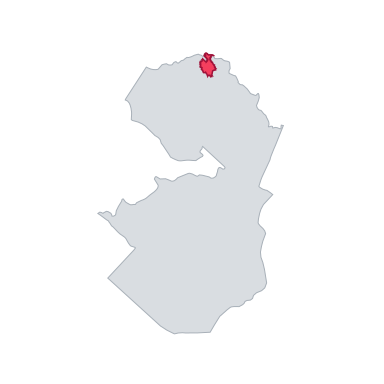 Isoka, Muchinga, Zambia shown in context, rotated 313°
{"feature_id": "96606910B95554535134500", "entity_name": "Isoka", "entity_type": "district", "adm_level": 2, "iso_a3": "ZMB", "parent_name": "Zambia", "parent_adm1": "Muchinga", "projection": "natural_earth1", "projection_center": [32.81, -10.022], "detail": "fine", "context": "in_parent", "style": "filled", "palette": "rose", "viewbox_px": 384, "rotation_deg": 313, "n_neighbors": 0, "source": "geoboundaries", "source_scale": "gbopen_adm2", "svg_char_len": 7843}
<svg xmlns="http://www.w3.org/2000/svg" viewBox="0 0 384 384"><g transform="rotate(313 192 192)"><path d="M245.2,252.8L231.6,252.8L226.6,254.1L222.5,256.0L217.6,259.0L214.8,261.1L214.1,262.2L213.7,264.8L213.7,268.7L213.2,271.6L211.8,274.2L204.4,277.3L199.6,279.9L194.8,283.0L191.3,286.9L188.8,291.8L184.8,297.8L176.4,308.6L171.5,310.6L167.3,310.2L162.3,307.9L158.3,307.5L155.4,308.9L152.7,308.4L150.2,306.2L148.1,305.4L146.4,306.0L144.2,305.9L140.3,304.6L136.8,300.8L134.9,299.2L133.5,298.6L129.4,298.0L120.0,297.1L110.3,299.0L101.8,300.9L93.0,292.4L84.4,283.3L82.6,281.0L79.4,278.0L77.1,276.5L76.2,275.8L73.8,267.7L72.5,260.3L71.6,189.1L110.0,189.1L112.5,188.8L112.6,188.0L110.8,184.2L110.8,182.9L111.3,180.3L112.9,175.2L113.0,173.4L112.2,167.8L112.2,164.7L112.6,158.4L112.4,156.2L113.2,153.4L113.5,151.5L113.9,150.7L113.4,148.5L112.6,141.0L112.1,137.8L114.4,138.3L115.2,139.8L115.7,141.5L116.7,141.6L119.5,142.6L120.4,144.0L121.1,147.1L120.7,148.6L119.8,149.9L120.7,151.0L122.5,151.7L123.6,151.5L126.7,149.4L129.5,148.6L131.0,148.1L137.3,146.8L138.6,146.0L139.5,146.0L140.1,146.6L139.6,148.7L139.4,150.7L140.2,154.2L140.8,155.9L142.1,157.1L143.1,157.8L144.2,159.1L146.4,158.8L151.3,160.7L152.8,161.5L154.8,162.3L156.3,162.7L161.3,163.3L166.6,164.3L169.3,164.4L171.3,164.2L172.7,163.6L173.5,163.0L173.9,162.6L175.8,155.7L176.8,155.2L178.2,154.9L178.9,155.5L179.8,159.8L183.7,163.7L185.0,166.9L186.0,169.7L186.8,170.5L188.3,171.4L190.6,171.8L192.7,171.8L203.0,176.6L204.1,177.5L205.4,180.0L206.2,182.9L207.0,185.1L208.4,185.6L209.5,185.7L210.7,187.3L211.6,188.6L214.7,194.2L215.1,196.5L216.6,198.0L218.6,198.6L220.5,198.7L221.6,198.0L224.2,196.8L226.2,195.5L227.7,195.1L228.6,195.3L229.3,196.3L229.8,199.1L231.2,200.0L232.3,199.6L232.7,198.5L232.7,198.0L232.6,168.7L231.7,168.9L230.5,169.8L227.8,169.9L226.7,170.5L226.4,171.4L226.6,172.6L226.6,174.3L226.3,175.1L225.1,175.4L223.3,174.7L220.2,173.9L217.6,173.4L215.7,171.2L213.1,167.9L211.4,166.2L207.4,162.8L206.7,162.1L205.5,160.5L204.4,157.7L203.4,154.6L202.9,152.5L203.8,149.4L206.2,139.3L206.7,136.2L208.6,133.0L208.8,130.1L208.0,126.4L208.1,124.4L208.4,112.8L207.8,109.1L206.5,105.1L203.6,99.4L203.6,98.2L208.0,94.5L209.4,93.1L211.7,90.2L213.3,87.6L214.2,85.6L214.6,82.9L213.8,80.4L215.4,79.9L252.2,73.4L252.7,75.1L253.8,78.0L255.1,80.1L256.7,82.0L258.0,83.1L258.9,83.5L264.6,83.3L266.6,84.5L268.4,85.9L268.9,88.1L270.0,89.5L271.3,90.6L271.8,90.7L272.8,90.5L274.3,90.4L275.7,90.9L276.4,91.4L276.4,93.3L276.9,94.1L278.8,94.4L280.7,94.6L282.6,95.8L284.7,96.0L287.0,96.5L288.1,97.9L290.6,99.3L293.7,100.5L297.1,102.6L297.2,103.2L297.7,104.4L298.3,105.3L298.4,106.6L298.7,107.8L299.5,108.1L300.2,108.1L300.9,107.3L301.8,107.3L302.8,107.9L303.1,109.2L303.9,111.1L305.2,112.3L306.0,113.5L305.7,115.7L305.2,117.8L306.9,119.8L309.1,121.7L309.7,122.5L309.9,125.3L310.2,126.3L311.7,128.6L312.4,130.2L312.4,131.1L308.3,135.7L305.9,136.4L304.8,137.4L304.1,138.3L305.7,143.0L306.6,144.7L305.9,146.9L304.3,150.6L303.5,151.0L303.4,153.8L303.9,154.8L304.7,155.6L305.0,157.5L305.0,162.3L303.9,167.7L305.8,172.4L306.4,172.9L308.9,173.0L309.3,173.4L308.7,174.7L306.9,176.8L303.8,178.4L299.2,180.2L298.2,181.9L297.6,184.4L298.1,185.8L298.7,186.7L298.5,188.8L298.1,191.1L298.3,192.9L298.1,194.5L297.5,195.3L296.7,197.7L295.7,200.1L294.9,201.2L293.8,202.3L291.9,203.3L292.0,203.8L294.0,204.9L294.6,205.7L294.8,206.2L293.9,207.4L294.8,208.1L296.0,208.8L297.1,210.4L298.3,213.4L298.6,213.7L298.9,213.7L299.6,213.4L300.9,212.2L301.8,211.7L302.9,213.5L283.8,220.9L279.3,222.5L272.6,225.1L270.4,226.1L268.7,227.1L250.9,232.9L248.1,234.0L241.8,237.0L241.6,237.5L241.7,238.9L242.3,241.7L243.4,244.2L244.3,245.7L244.9,249.5L245.2,252.8Z" fill="#d9dde1" stroke="#a8b0b8" stroke-width="1"/><path d="M298.5,124.9L298.5,124.7L298.6,124.2L298.8,124.1L298.7,124.0L298.8,123.9L298.7,123.8L298.8,123.7L298.7,123.7L298.7,123.4L298.8,123.4L298.9,123.2L299.0,123.1L299.2,122.8L299.4,122.6L299.4,122.4L299.6,122.2L299.6,121.9L299.8,121.8L299.6,121.7L299.7,121.4L299.8,121.4L299.8,120.9L300.0,120.8L300.0,120.6L299.9,120.4L300.0,120.0L300.1,119.8L300.3,119.6L300.4,119.2L300.5,118.8L300.6,118.7L300.3,118.4L300.3,118.1L300.2,117.9L300.3,117.8L300.3,117.6L300.3,117.4L300.5,117.2L300.6,116.9L300.8,117.0L300.8,116.9L300.8,116.6L300.6,116.7L300.7,116.1L300.8,115.9L300.7,115.8L300.8,115.7L300.9,115.8L300.9,115.5L301.0,115.1L301.0,114.9L301.3,114.8L301.4,114.7L301.7,114.8L301.7,114.7L301.9,114.6L302.2,114.4L302.3,114.2L302.5,114.2L302.6,113.9L302.8,113.8L302.7,113.7L302.8,113.7L303.1,113.6L303.3,113.7L303.4,113.8L303.5,113.7L303.6,113.8L303.8,113.9L304.0,113.6L304.0,113.4L304.3,113.4L304.6,113.2L304.8,113.4L305.1,113.4L305.2,113.5L305.3,113.5L305.9,113.9L306.2,114.3L306.5,114.6L306.5,114.4L306.4,114.2L306.4,113.8L306.2,113.5L306.1,113.2L305.9,112.9L305.5,112.8L305.4,112.6L305.1,112.6L304.9,112.3L304.9,112.1L304.7,111.5L304.4,111.3L304.1,111.2L303.8,111.0L303.7,110.8L303.5,110.6L303.6,110.4L303.5,110.1L303.5,109.6L303.2,109.3L303.2,109.2L303.3,109.0L303.4,108.9L303.6,108.8L303.5,108.4L303.3,108.3L303.3,108.1L303.4,107.8L303.2,107.6L302.9,107.4L302.8,107.2L302.3,107.2L302.3,107.3L302.0,107.6L301.9,107.5L301.7,107.4L301.4,107.3L301.4,107.2L301.2,107.2L301.0,107.6L301.0,107.8L301.1,108.0L301.0,108.3L301.1,108.5L301.0,108.9L300.8,108.9L300.9,109.1L300.7,109.2L300.6,108.8L300.4,108.6L300.1,108.2L300.3,108.0L300.0,107.9L299.8,108.8L299.8,109.0L299.8,109.3L299.7,109.6L299.7,109.8L299.7,110.0L299.7,110.4L299.8,110.5L299.7,110.6L299.7,110.8L299.7,111.1L299.7,111.3L299.8,111.4L299.7,111.5L299.8,111.5L299.7,111.8L299.7,112.0L299.7,112.4L299.7,112.5L299.8,112.8L299.8,112.7L299.7,112.8L299.8,112.9L299.8,113.1L299.5,113.2L299.3,113.2L299.2,113.3L298.9,113.5L298.7,113.4L298.4,113.4L298.4,113.5L298.2,113.4L298.2,113.5L297.8,113.8L297.6,113.7L297.4,113.7L297.3,113.8L296.9,113.8L297.0,113.7L296.9,113.5L296.7,113.4L296.7,113.2L296.5,111.8L296.6,111.1L296.6,110.5L296.7,109.7L296.7,109.0L296.7,108.9L296.5,109.0L296.4,109.0L296.2,109.2L296.2,109.3L295.9,109.5L295.8,109.4L295.8,109.5L295.6,109.3L295.4,109.5L295.2,109.6L294.9,109.8L294.7,109.9L294.5,110.0L294.3,110.1L294.1,110.0L294.1,109.9L294.1,109.7L294.0,109.4L293.9,109.3L293.7,109.3L293.6,109.2L293.3,109.1L293.2,109.0L292.9,109.1L292.5,109.3L292.4,109.4L292.4,109.5L292.1,109.5L291.9,109.7L292.0,109.8L291.9,109.8L291.8,110.0L291.9,110.3L291.7,110.4L291.8,110.6L291.7,110.7L291.7,110.8L291.6,111.0L291.4,111.0L291.2,111.2L291.1,111.3L291.0,111.5L290.9,111.4L290.9,111.5L290.7,111.6L290.3,111.8L290.2,111.8L290.0,112.1L289.9,112.4L289.7,112.3L289.4,112.3L289.2,112.4L289.1,112.5L288.9,112.7L288.9,112.8L289.1,113.3L289.2,113.6L289.4,113.7L289.4,114.0L289.7,114.3L289.7,114.5L289.4,114.5L289.1,114.6L289.1,114.8L289.0,115.0L288.9,115.0L288.7,114.9L288.5,115.0L288.1,115.2L288.0,115.6L288.0,115.8L288.2,116.0L288.3,116.9L288.2,117.0L287.9,117.2L287.7,117.7L287.7,118.0L287.4,118.2L287.3,118.4L287.4,118.6L287.2,119.0L287.5,119.2L287.6,119.5L287.8,119.7L288.3,120.3L288.5,120.3L288.9,120.3L288.8,120.6L288.7,120.9L288.6,121.2L288.5,121.4L288.5,121.5L288.4,121.7L288.4,121.9L288.3,122.0L288.4,122.3L288.3,122.6L288.0,123.4L287.9,123.5L287.7,123.7L287.8,123.8L287.7,124.0L287.6,124.4L287.5,124.5L288.3,124.4L288.4,124.2L288.7,124.5L288.8,124.8L289.1,125.5L289.3,125.6L289.3,125.3L289.6,125.4L289.3,126.3L289.1,126.7L289.0,127.1L289.4,127.2L289.5,127.2L289.6,127.3L289.8,127.6L290.0,127.4L290.3,127.5L290.4,127.4L290.5,127.3L290.7,127.5L290.7,127.4L290.8,127.3L290.7,127.1L290.7,126.9L290.9,126.8L291.3,126.6L291.5,126.4L291.8,126.3L294.6,124.5L294.8,124.5L295.2,124.6L295.4,124.8L295.6,124.9L295.9,124.9L296.1,124.9L296.3,125.1L296.4,125.3L296.7,125.3L297.1,125.5L297.2,125.9L297.4,126.0L297.5,125.7L297.8,125.6L297.9,125.4L298.0,125.4L298.2,125.2L298.3,125.1L298.2,125.0L298.2,124.9L298.4,124.8L298.5,124.9Z" fill="#f43f5e" stroke="#9f1239" stroke-width="1.5"/></g></svg>